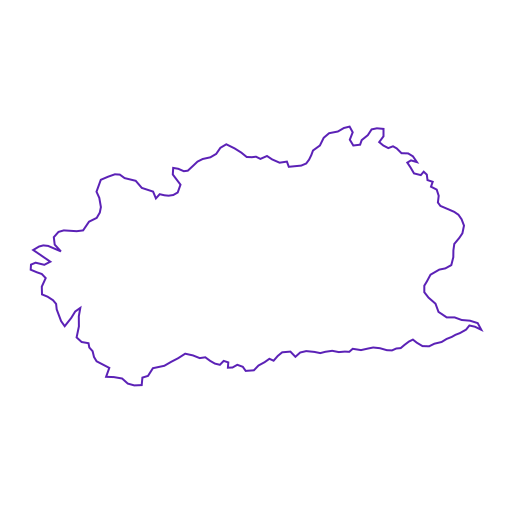 Riversul, São Paulo, Brazil (orthographic projection)
{"feature_id": "56859067B40237510471645", "entity_name": "Riversul", "entity_type": "district", "adm_level": 2, "iso_a3": "BRA", "parent_name": "Brazil", "parent_adm1": "São Paulo", "projection": "orthographic", "projection_center": [-49.443, -23.844], "detail": "fine", "context": "isolated", "style": "outline", "palette": "violet", "viewbox_px": 512, "rotation_deg": 0, "n_neighbors": 0, "source": "geoboundaries", "source_scale": "gbopen_adm2", "svg_char_len": 2770}
<svg xmlns="http://www.w3.org/2000/svg" viewBox="0 0 512 512"><path d="M416.9,162.1L412.9,156.3L408.1,153.4L401.5,153.2L396.7,148.4L393.0,146.3L388.3,148.1L383.3,145.5L379.2,142.1L383.5,136.3L383.5,128.9L376.9,128.3L371.6,129.4L367.8,135.2L361.7,140.1L360.1,144.7L353.3,145.5L349.8,139.7L352.7,132.3L349.6,126.6L343.9,128.0L337.9,131.5L329.1,133.2L323.7,137.8L319.9,145.5L313.0,150.5L311.3,155.1L309.1,159.6L306.2,163.5L301.2,165.6L294.9,166.2L288.8,166.8L286.9,161.6L279.6,162.7L272.1,159.4L267.0,156.0L260.4,158.9L256.0,156.7L251.9,157.2L246.7,157.0L241.3,152.6L234.6,148.4L226.3,144.3L220.4,147.8L216.2,153.9L210.4,157.3L202.7,159.0L197.5,161.6L193.3,165.6L187.8,170.7L183.8,171.2L178.3,168.8L173.2,167.9L172.8,174.5L180.5,184.7L177.7,192.5L173.3,195.0L168.6,195.7L164.5,195.3L159.7,194.2L155.9,198.4L153.1,191.6L141.8,187.9L135.7,180.8L124.6,178.1L119.8,174.6L114.9,174.3L108.1,176.7L100.8,179.8L96.5,191.7L99.3,197.9L100.9,207.1L99.8,212.6L96.7,217.9L89.0,221.7L83.1,230.4L76.7,231.2L63.8,230.4L58.5,231.9L53.8,237.2L54.7,244.6L60.9,251.4L48.1,245.9L43.3,245.4L39.1,246.5L33.2,250.0L50.3,261.7L44.3,264.8L35.6,262.7L31.0,264.6L30.7,269.7L36.9,272.3L41.8,274.0L45.7,278.1L41.8,286.6L42.0,294.4L47.6,296.7L53.0,300.2L56.1,303.9L56.7,309.4L61.1,321.1L64.7,326.2L71.2,318.0L75.2,311.5L80.3,307.9L78.8,316.3L78.9,326.4L77.7,332.2L76.6,337.4L81.6,342.0L88.5,343.2L89.3,347.5L92.6,351.2L94.0,357.0L96.6,361.3L109.3,367.9L106.1,376.8L113.9,377.1L122.1,378.5L127.8,383.6L134.3,385.4L141.7,385.1L142.4,377.6L148.0,375.9L152.9,368.2L164.3,365.8L171.4,361.7L178.0,358.3L185.2,353.7L192.9,355.4L199.7,358.1L205.3,357.3L210.2,360.9L214.9,363.6L219.9,364.8L223.7,360.9L228.3,362.4L227.9,367.7L232.5,367.5L237.3,364.8L242.8,366.8L245.7,370.9L253.9,370.3L258.5,365.5L264.6,362.2L269.4,358.8L273.6,360.7L277.8,355.9L282.2,352.3L290.4,351.6L295.4,356.8L300.2,352.5L306.2,351.1L314.3,351.9L320.3,353.1L325.3,351.8L332.2,350.8L338.8,352.1L344.8,351.6L349.3,351.8L352.7,348.8L361.0,350.1L368.2,348.5L373.2,347.5L379.9,348.2L386.9,350.2L392.0,350.4L396.3,348.5L400.7,348.1L404.5,344.9L409.0,341.5L412.9,339.6L416.8,342.7L422.5,346.1L429.1,346.3L434.4,343.7L441.6,342.0L446.7,338.9L451.8,336.9L455.5,334.8L459.9,333.1L466.1,329.6L469.4,325.5L474.9,326.7L481.3,329.8L477.7,323.1L470.0,320.7L461.7,320.0L454.6,317.4L446.7,317.4L438.5,311.9L435.5,303.7L428.5,297.6L424.3,292.2L424.3,285.7L426.9,281.4L430.5,274.7L439.3,269.6L445.3,268.4L451.3,265.1L453.3,257.2L453.4,250.3L454.3,243.9L459.3,237.9L462.4,233.3L464.0,225.6L461.6,219.3L458.5,214.8L454.3,211.9L440.4,205.9L437.9,202.5L438.7,195.8L436.7,189.6L431.0,186.7L432.7,181.8L427.5,180.1L426.8,174.6L423.7,171.7L420.8,175.1L414.0,173.4L410.5,167.4L407.3,162.6L411.0,160.4L416.9,162.1Z" fill="none" stroke="#5b21b6" stroke-width="2"/></svg>